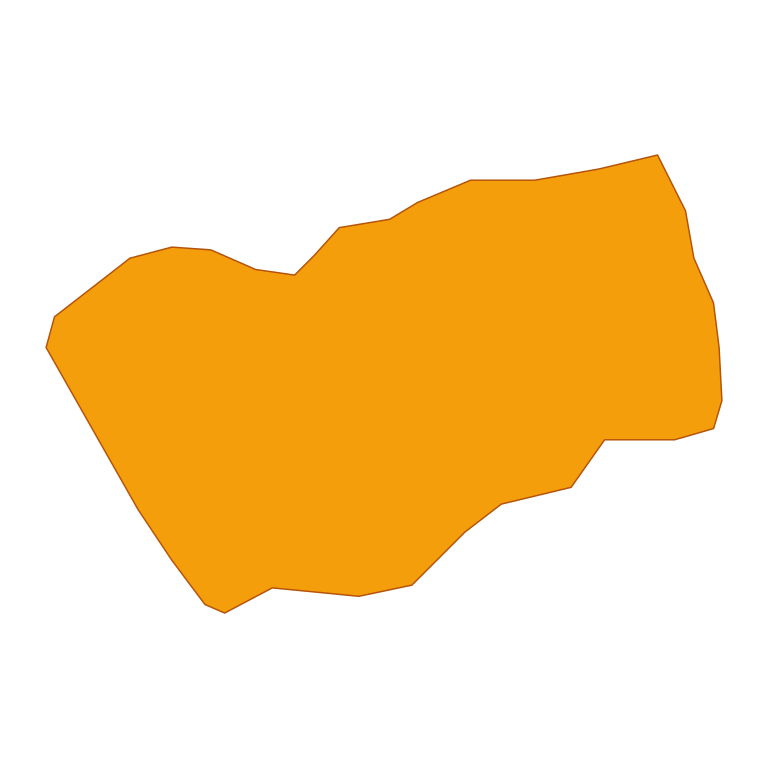 the district of Sokcho-si, Gangwon, South Korea
{"feature_id": "91817680B43621567480447", "entity_name": "Sokcho-si", "entity_type": "district", "adm_level": 2, "iso_a3": "KOR", "parent_name": "South Korea", "parent_adm1": "Gangwon", "projection": "albers", "projection_center": [128.524, 38.163], "detail": "fine", "context": "isolated", "style": "filled", "palette": "amber", "viewbox_px": 768, "rotation_deg": 0, "n_neighbors": 0, "source": "geoboundaries", "source_scale": "gbopen_adm2", "svg_char_len": 586}
<svg xmlns="http://www.w3.org/2000/svg" viewBox="0 0 768 768"><path d="M657.5,155.0L598.9,169.0L534.7,180.2L470.5,180.2L417.5,202.5L389.6,219.3L339.3,227.6L314.2,255.5L294.6,275.1L255.6,269.5L210.9,249.9L171.8,247.1L129.9,258.2L108.5,274.9L54.5,316.8L46.1,347.5L138.1,509.6L171.6,559.9L188.3,582.3L205.1,604.6L220.9,611.4L224.7,613.0L272.2,587.9L358.8,596.3L411.9,585.1L465.0,532.0L501.3,504.1L571.1,487.3L604.6,439.8L674.5,439.8L708.4,430.0L713.6,428.5L721.9,400.6L719.1,347.5L713.5,302.9L693.9,258.2L685.5,210.8L657.5,155.0Z" fill="#f59e0b" stroke="#b45309" stroke-width="1.5"/></svg>